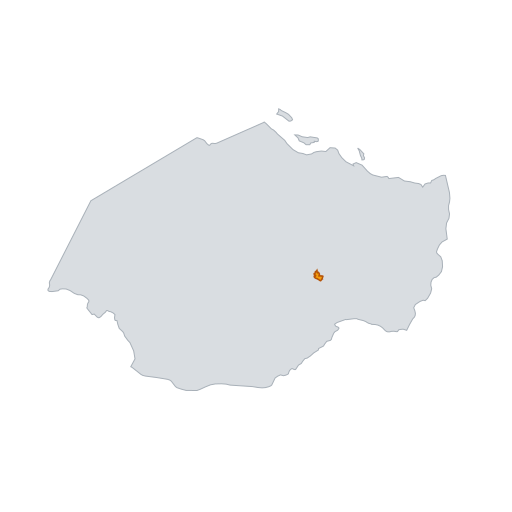 location of Mafinga Township Authority, Iringa, United Republic of Tanzania, rotated 297°
{"feature_id": "72390352B55502751216619", "entity_name": "Mafinga Township Authority", "entity_type": "district", "adm_level": 2, "iso_a3": "TZA", "parent_name": "United Republic of Tanzania", "parent_adm1": "Iringa", "projection": "robinson", "projection_center": [35.272, -8.362], "detail": "fine", "context": "in_parent", "style": "filled", "palette": "amber", "viewbox_px": 512, "rotation_deg": 297, "n_neighbors": 0, "source": "geoboundaries", "source_scale": "gbopen_adm2", "svg_char_len": 5680}
<svg xmlns="http://www.w3.org/2000/svg" viewBox="0 0 512 512"><g transform="rotate(297 256 256)"><path d="M200.5,354.2L195.8,351.4L191.6,349.8L188.2,347.9L186.7,346.1L183.5,345.4L180.7,345.1L178.1,343.4L172.8,342.8L172.2,341.7L172.1,339.2L171.2,338.6L169.3,337.9L167.2,338.0L165.9,338.3L165.2,338.1L163.4,336.7L161.8,334.8L161.2,331.8L158.8,329.9L156.0,328.4L148.2,328.6L147.0,328.1L145.2,326.6L143.0,324.1L141.3,321.3L139.7,317.4L138.1,312.3L129.2,291.5L128.3,287.6L126.5,283.3L123.6,277.9L120.6,274.0L116.5,270.4L111.9,266.8L109.3,264.4L104.5,254.7L103.5,250.1L102.8,245.4L103.1,243.5L106.0,237.4L106.3,235.6L106.0,233.3L104.5,228.5L102.6,222.6L98.8,211.9L98.2,209.1L98.3,207.1L100.5,196.2L100.5,194.7L109.4,194.9L115.9,190.1L121.6,183.0L122.7,180.0L125.0,175.4L127.3,173.1L128.1,171.6L129.4,167.0L132.4,163.9L135.3,161.5L134.7,159.8L135.1,159.2L136.7,158.0L139.8,156.9L140.4,154.5L140.4,151.8L139.9,150.3L140.0,148.5L139.5,147.6L137.5,147.3L134.5,146.0L132.0,145.4L130.3,144.6L129.6,144.0L129.4,142.4L130.8,138.2L129.4,136.5L132.5,129.6L133.0,128.8L134.2,128.7L136.0,127.9L137.6,127.6L139.0,127.8L140.0,127.6L140.8,126.8L141.6,124.4L142.2,120.5L141.8,117.3L140.6,114.8L140.2,111.1L140.8,106.0L140.4,101.8L138.9,98.5L137.5,96.5L135.2,95.5L131.7,90.4L130.6,87.9L130.8,86.4L132.0,85.7L134.3,86.0L136.4,85.4L138.3,84.0L140.2,83.6L141.2,83.8L230.3,83.8L334.4,149.5L334.8,150.3L335.6,156.0L335.4,157.9L333.8,161.2L333.4,162.9L333.3,164.0L333.7,164.5L335.1,164.7L336.3,165.5L336.7,166.1L337.6,168.5L338.7,169.8L378.2,202.0L379.1,202.5L378.5,205.2L376.3,211.8L376.2,214.5L375.3,217.7L374.4,219.8L372.1,229.1L370.2,232.5L367.6,240.6L367.2,246.8L368.6,251.2L369.1,255.2L372.2,259.2L374.6,260.6L376.3,262.4L379.2,266.6L380.8,270.8L386.1,272.8L388.1,277.5L387.4,280.7L384.9,283.4L382.6,287.7L380.8,293.4L380.7,302.1L382.0,300.7L384.7,302.9L385.1,309.3L382.2,316.7L381.3,320.2L381.2,323.2L383.2,332.1L386.4,336.6L386.1,338.0L385.3,339.2L390.7,347.3L390.2,354.2L392.2,359.7L393.1,364.4L394.4,368.0L394.6,370.5L393.0,373.3L396.9,373.9L399.2,376.2L400.3,378.4L403.1,378.3L404.6,379.8L406.8,381.0L411.7,384.6L413.0,386.4L413.8,388.2L400.3,399.6L395.4,402.6L392.0,403.9L388.3,404.7L384.8,406.5L381.4,409.3L377.2,410.8L372.0,410.8L366.5,412.8L357.9,418.7L353.0,415.4L349.1,414.4L344.6,414.5L341.8,414.9L340.8,415.6L340.0,417.6L339.2,420.9L336.3,424.1L331.1,427.1L326.3,428.3L322.0,427.5L319.0,426.2L317.5,424.5L315.2,423.6L312.2,423.8L309.3,425.0L306.6,427.4L302.2,428.4L296.2,428.1L293.0,427.0L292.5,425.0L289.9,422.7L285.1,420.0L281.5,420.0L279.2,422.5L277.2,424.1L275.3,424.8L273.6,424.9L271.1,424.2L264.5,423.9L258.2,424.0L257.6,420.3L256.2,418.1L255.1,416.7L252.9,416.4L252.3,415.4L251.6,413.1L250.5,411.1L249.1,409.5L248.3,408.0L248.0,406.6L248.2,405.1L249.5,401.3L249.9,398.7L249.8,396.1L249.1,393.4L247.6,390.1L247.7,389.2L247.2,387.0L247.2,385.4L247.4,383.5L247.2,381.0L245.9,375.6L245.9,374.2L244.5,371.6L240.3,365.4L240.1,364.6L233.5,358.4L230.9,357.0L230.0,358.2L229.6,359.3L229.9,361.2L229.7,362.2L229.4,362.7L227.9,362.6L226.9,362.4L224.4,360.7L222.5,360.3L217.7,360.6L216.0,361.0L214.6,360.6L212.1,357.8L209.1,357.2L206.4,357.0L202.0,353.8L200.5,354.2ZM386.8,250.2L389.0,257.0L388.7,258.3L387.1,259.1L386.3,259.2L385.4,258.1L384.7,255.8L383.6,256.3L381.6,253.5L379.6,253.4L377.9,250.1L378.6,247.2L378.2,242.3L380.3,239.8L381.5,235.6L382.9,238.5L383.2,243.0L385.0,248.3L386.8,250.2ZM397.4,209.4L397.5,211.0L397.1,212.5L397.2,217.4L397.0,220.6L395.4,225.1L394.0,226.7L392.8,226.2L391.9,225.5L391.1,224.2L392.7,216.1L391.9,210.0L395.0,210.6L397.4,209.4ZM392.7,308.2L391.2,308.6L390.6,308.2L389.7,306.8L391.3,305.7L392.9,303.5L396.6,300.2L398.3,297.6L398.0,300.2L396.0,305.7L394.2,306.1L392.7,308.2Z" fill="#d9dde1" stroke="#a8b0b8" stroke-width="1"/><path d="M267.2,316.5L266.9,316.4L266.7,316.2L266.6,315.9L266.4,316.0L266.2,316.1L266.2,316.3L266.0,316.5L265.9,316.5L265.7,316.6L265.8,316.9L265.8,317.0L265.9,317.4L265.9,317.5L265.8,317.9L265.7,318.0L265.4,318.1L265.2,318.1L264.9,318.0L264.9,317.9L264.7,317.8L264.6,317.7L264.4,317.4L264.2,317.2L264.1,317.3L264.0,317.5L263.9,317.6L263.7,317.6L263.6,317.8L263.5,318.0L263.4,318.3L263.4,318.5L263.3,318.9L263.3,319.1L263.3,319.4L263.3,319.5L263.3,319.8L263.4,320.0L263.4,320.3L263.4,320.5L263.5,320.6L263.5,320.8L263.6,321.0L263.5,321.3L263.5,321.5L263.4,321.7L263.4,322.3L263.4,322.5L263.4,322.9L263.4,323.0L263.3,323.3L263.2,323.7L263.2,323.8L263.2,324.1L263.2,324.4L263.2,324.5L263.3,324.8L263.5,324.8L263.8,324.9L264.0,325.0L264.3,325.1L264.5,325.2L264.8,325.2L265.0,325.1L265.3,325.3L265.3,325.2L265.5,325.2L265.8,325.2L266.0,325.2L266.4,325.2L266.6,325.1L266.8,325.1L267.0,325.1L267.5,324.9L267.8,324.9L268.0,324.8L268.3,324.8L268.3,324.7L268.3,324.4L268.2,324.3L268.2,324.1L268.2,323.9L268.2,323.7L267.9,323.5L267.8,323.4L267.7,323.3L267.7,323.2L267.7,322.9L267.7,322.7L267.5,322.4L267.4,322.2L267.2,321.9L267.1,321.7L267.0,321.4L266.9,321.2L267.0,321.2L267.3,321.0L267.5,321.0L267.6,320.9L267.8,321.0L268.0,321.0L268.2,320.9L268.3,320.9L268.5,320.8L268.6,320.7L268.8,320.6L268.9,320.4L269.0,320.3L269.1,320.2L269.3,319.9L269.4,319.7L269.5,319.6L269.5,319.4L269.7,319.2L269.8,319.1L270.0,319.0L269.9,319.0L269.9,318.9L269.7,318.8L269.4,318.7L269.4,318.4L269.4,318.2L269.5,318.0L269.5,317.9L269.4,317.9L269.5,317.8L269.5,317.7L269.8,317.5L269.9,317.4L270.0,317.3L270.3,317.2L270.5,317.1L270.8,317.0L270.9,316.9L270.7,316.9L270.4,316.8L270.2,316.9L269.9,316.7L269.7,316.5L269.6,316.4L269.4,316.4L269.2,316.4L269.1,316.2L268.9,316.2L268.7,316.3L268.6,316.2L268.5,316.3L268.4,316.3L268.3,316.2L268.2,316.3L267.8,316.4L267.7,316.4L267.5,316.5L267.4,316.5L267.2,316.5Z" fill="#f59e0b" stroke="#b45309" stroke-width="1.5"/></g></svg>